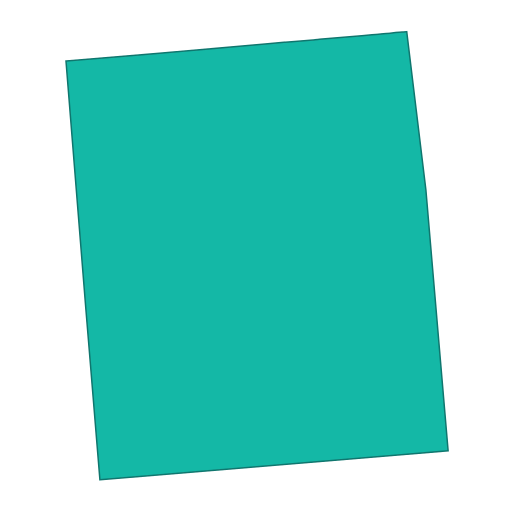 Winneshiek, Iowa, United States of America (orthographic projection), rotated 355°
{"feature_id": "52423323B22827021429588", "entity_name": "Winneshiek", "entity_type": "district", "adm_level": 2, "iso_a3": "USA", "parent_name": "United States of America", "parent_adm1": "Iowa", "projection": "orthographic", "projection_center": [-91.743, 43.291], "detail": "fine", "context": "isolated", "style": "filled", "palette": "teal", "viewbox_px": 512, "rotation_deg": 355, "n_neighbors": 0, "source": "geoboundaries", "source_scale": "gbopen_adm2", "svg_char_len": 547}
<svg xmlns="http://www.w3.org/2000/svg" viewBox="0 0 512 512"><g transform="rotate(355 256 256)"><path d="M430.4,466.8L431.0,205.0L425.7,45.7L422.5,45.7L421.3,45.6L420.9,45.6L418.5,45.6L414.9,45.5L408.6,45.8L407.6,45.8L404.6,45.7L400.9,45.7L396.1,45.8L391.0,45.7L381.9,45.8L360.1,45.7L338.7,45.6L336.4,45.7L334.0,45.7L332.7,45.8L315.9,45.7L304.0,45.6L302.9,45.5L284.2,45.6L282.5,45.6L269.6,45.6L250.6,45.6L184.3,45.6L178.5,45.6L83.7,45.2L81.9,291.5L81.7,334.4L81.0,465.3L430.4,466.8Z" fill="#14b8a6" stroke="#0f766e" stroke-width="1.5"/></g></svg>